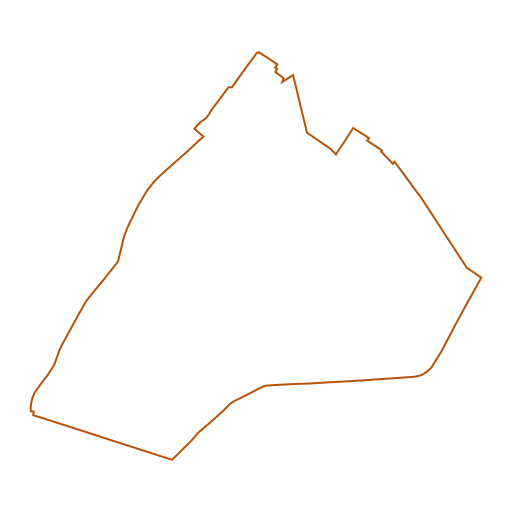 outline of San Gregorio Atzompa, Puebla, Mexico
{"feature_id": "50627088B24169685204164", "entity_name": "San Gregorio Atzompa", "entity_type": "district", "adm_level": 2, "iso_a3": "MEX", "parent_name": "Mexico", "parent_adm1": "Puebla", "projection": "albers", "projection_center": [-98.344, 19.013], "detail": "fine", "context": "isolated", "style": "outline", "palette": "amber", "viewbox_px": 512, "rotation_deg": 0, "n_neighbors": 0, "source": "geoboundaries", "source_scale": "gbopen_adm2", "svg_char_len": 2470}
<svg xmlns="http://www.w3.org/2000/svg" viewBox="0 0 512 512"><path d="M256.6,53.0L253.1,58.1L247.4,65.6L237.0,80.1L231.8,87.4L229.8,87.2L228.5,87.4L227.6,88.4L224.5,92.6L211.2,110.4L209.0,114.2L206.7,117.3L205.0,119.0L200.7,121.9L198.0,124.6L194.4,128.8L196.6,130.7L199.7,133.4L202.1,135.4L203.5,136.5L199.7,139.9L197.0,142.4L193.8,145.4L190.9,148.1L185.0,153.5L175.1,162.2L169.0,167.7L160.6,175.1L156.0,179.6L155.0,180.8L154.2,181.4L146.9,190.9L138.4,205.0L131.3,219.5L127.8,226.9L124.0,236.5L122.5,243.1L121.8,245.9L119.1,256.9L118.1,261.4L101.7,282.1L93.8,291.5L86.2,301.1L80.6,310.8L69.9,330.3L65.6,338.4L65.2,339.2L62.0,344.6L59.2,350.8L59.0,351.3L56.3,359.1L54.5,364.1L51.5,369.2L47.3,375.6L42.1,382.2L34.5,392.9L32.5,397.6L31.2,403.1L30.7,407.0L30.8,411.4L33.7,411.6L33.3,415.3L43.6,418.4L172.0,459.8L175.6,456.3L182.1,449.9L182.8,449.2L187.1,444.9L187.4,444.7L190.9,441.2L192.5,439.4L195.4,436.0L198.2,432.7L212.7,420.3L223.6,410.4L226.4,407.5L228.4,405.5L229.1,404.8L229.6,404.3L230.3,403.7L231.1,403.1L232.3,402.3L233.7,401.3L234.4,401.0L235.9,400.2L239.0,398.7L245.2,395.7L254.7,390.8L261.5,387.3L262.5,386.8L263.3,386.4L263.9,386.2L264.5,386.0L265.2,385.9L266.1,385.7L267.0,385.6L269.5,385.4L274.0,385.1L275.9,385.0L276.0,385.0L288.0,384.3L299.4,383.8L300.6,383.8L300.8,383.8L309.9,383.5L313.2,383.3L318.0,383.0L329.0,382.3L333.8,382.1L343.1,381.6L355.9,380.8L359.8,380.6L360.0,380.6L362.8,380.4L364.4,380.3L376.4,379.4L380.4,379.1L384.2,378.9L390.9,378.4L399.9,377.8L402.4,377.6L406.8,377.3L410.5,377.1L412.1,377.0L413.3,376.9L415.0,376.6L417.0,376.3L419.0,375.8L420.7,375.3L422.2,374.6L423.3,374.1L423.6,373.9L425.0,373.0L426.5,372.0L428.2,370.6L429.2,369.7L430.3,368.7L430.6,368.4L431.9,366.7L433.0,365.1L435.9,360.3L440.4,353.1L441.5,351.3L441.7,350.9L441.9,350.5L443.0,348.3L444.6,345.3L445.0,344.5L450.1,334.8L454.0,327.4L455.6,324.4L457.4,321.1L463.1,310.5L466.6,304.0L469.7,298.7L472.0,294.5L475.8,287.6L477.0,285.4L481.3,277.6L481.0,277.4L466.8,267.8L419.4,195.0L419.2,195.2L414.6,189.1L409.4,181.8L403.1,173.2L394.8,162.1L394.7,161.9L394.5,161.7L392.9,163.8L381.2,151.6L381.9,150.4L367.1,140.6L369.0,138.0L353.1,128.0L351.9,130.0L349.2,134.1L345.6,139.9L341.2,146.3L337.8,151.4L336.6,153.3L335.9,154.4L330.5,148.8L307.0,132.7L300.4,105.4L293.1,75.1L282.3,82.0L283.6,78.3L277.2,73.2L276.6,73.2L275.5,72.3L275.9,71.6L275.6,71.3L277.1,68.9L275.1,67.7L277.3,64.4L268.7,58.5L258.6,52.2L256.6,53.0Z" fill="none" stroke="#b45309" stroke-width="2"/></svg>